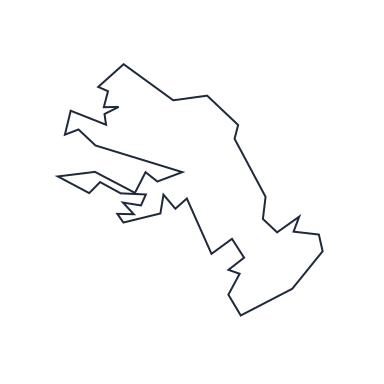 the border of Mugla, rotated 23°
{"feature_id": "TUR-2278", "entity_name": "Mugla", "entity_type": "Province", "adm_level": 1, "iso_a3": "TUR", "parent_name": "Turkey", "parent_adm1": "", "projection": "mercator", "projection_center": [28.126, 36.936], "detail": "coarse", "context": "isolated", "style": "outline", "palette": "slate", "viewbox_px": 384, "rotation_deg": 23, "n_neighbors": 0, "source": "natural_earth", "source_scale": "10m", "svg_char_len": 750}
<svg xmlns="http://www.w3.org/2000/svg" viewBox="0 0 384 384"><g transform="rotate(23 192 192)"><path d="M285.1,286.6L265.6,272.3L267.8,248.7L256.0,249.4L265.6,232.1L247.1,219.5L234.1,241.3L189.8,200.0L183.2,213.9L166.8,205.6L171.3,224.1L140.8,246.9L131.8,241.3L147.1,235.2L132.6,228.7L150.3,224.3L150.5,212.3L126.9,221.1L103.5,218.8L97.8,233.2L62.4,230.1L94.8,211.4L139.8,215.1L141.5,191.9L156.0,195.9L175.3,177.5L85.0,186.9L63.1,178.8L52.6,188.9L48.6,164.6L86.6,163.7L81.0,154.4L91.3,142.3L77.7,148.4L75.3,132.1L64.6,131.9L79.1,101.1L138.9,114.9L168.3,97.4L208.3,112.3L210.4,126.4L261.6,167.7L267.8,189.1L286.1,195.9L300.3,172.8L301.0,188.8L325.4,181.6L335.4,195.5L322.1,241.9L285.1,286.6Z" fill="none" stroke="#1e293b" stroke-width="2"/></g></svg>